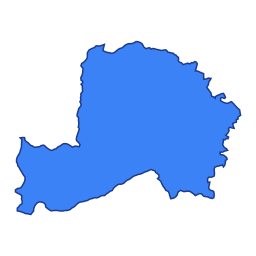 Hidrolândia, Goiás, Brazil (orthographic projection)
{"feature_id": "56859067B83720633182339", "entity_name": "Hidrolândia", "entity_type": "district", "adm_level": 2, "iso_a3": "BRA", "parent_name": "Brazil", "parent_adm1": "Goiás", "projection": "orthographic", "projection_center": [-49.268, -17.006], "detail": "fine", "context": "isolated", "style": "filled", "palette": "blue", "viewbox_px": 256, "rotation_deg": 0, "n_neighbors": 0, "source": "geoboundaries", "source_scale": "gbopen_adm2", "svg_char_len": 4486}
<svg xmlns="http://www.w3.org/2000/svg" viewBox="0 0 256 256"><path d="M80.9,65.8L83.1,68.6L82.7,71.3L82.6,73.1L81.9,75.5L80.9,77.4L81.0,80.1L82.6,81.3L82.6,82.9L81.0,84.2L82.2,85.6L82.4,88.4L82.6,91.4L80.8,93.8L81.0,95.7L80.5,98.2L80.9,99.9L79.9,101.8L80.8,103.3L81.1,105.6L78.8,108.5L78.1,111.0L77.4,113.3L77.0,115.9L78.7,117.9L78.4,119.9L78.8,122.9L78.7,125.3L78.2,127.1L79.3,128.6L78.8,130.7L77.4,134.7L76.6,137.1L76.3,139.9L77.4,141.6L78.7,142.6L80.0,144.7L79.3,146.7L77.2,146.3L75.0,146.1L72.4,147.1L69.6,145.2L67.1,143.9L65.3,143.6L63.2,143.8L61.5,144.9L60.2,146.0L58.2,146.7L56.1,148.8L54.4,149.1L52.4,150.4L50.5,150.2L48.2,148.8L46.3,147.4L45.1,146.1L43.5,145.1L41.1,145.6L39.6,146.7L34.5,147.3L32.7,146.1L30.3,145.1L28.3,142.9L26.1,141.4L24.9,140.0L24.6,137.6L22.6,137.5L20.2,137.8L21.8,139.6L21.5,144.4L21.5,146.2L21.1,148.5L20.3,150.6L19.9,152.4L18.6,154.7L17.4,156.8L16.6,159.1L16.5,162.1L17.4,163.5L17.8,165.8L19.1,167.5L20.0,169.3L21.6,171.8L22.8,174.0L23.8,175.5L24.9,176.8L25.1,178.8L24.7,180.8L24.0,182.7L22.7,184.9L21.8,186.7L20.1,188.1L17.8,188.4L15.5,189.8L15.4,191.8L17.2,193.0L20.4,194.5L21.9,196.0L21.5,198.9L22.2,201.3L22.0,203.8L19.8,205.2L18.7,206.8L17.3,208.1L17.3,210.9L19.4,211.3L22.4,212.2L25.6,213.6L27.4,213.7L30.8,214.5L33.6,211.0L33.8,208.3L34.5,206.7L35.3,205.0L37.1,202.9L39.6,201.8L42.1,202.2L44.1,203.0L45.5,204.8L45.7,206.9L47.7,208.7L49.8,210.1L51.2,210.9L52.8,210.6L56.0,210.4L58.2,210.6L60.7,211.0L62.9,211.0L64.8,210.5L67.0,210.5L68.6,210.1L70.2,209.5L71.9,208.0L73.7,207.1L75.6,205.5L77.3,203.8L79.5,202.2L82.2,201.8L85.7,200.9L87.4,200.5L89.8,199.1L92.5,198.5L94.3,197.7L96.8,197.9L99.0,197.1L101.6,195.6L103.2,195.6L104.8,195.5L106.1,194.1L108.2,192.8L110.0,191.3L112.2,190.5L113.3,188.6L114.5,187.2L115.8,186.1L118.6,184.2L121.5,184.2L123.9,183.1L125.3,181.7L127.3,180.1L129.3,179.4L132.0,177.3L134.0,176.0L137.1,174.9L138.8,174.3L140.4,174.1L142.9,173.0L144.8,172.0L147.1,171.3L148.9,170.5L150.7,169.5L155.0,170.9L155.7,172.5L157.3,173.5L158.8,175.0L159.0,177.2L157.5,178.6L159.2,179.9L160.9,181.3L161.4,182.8L162.1,184.3L163.2,186.4L165.0,188.7L165.6,190.2L168.2,191.4L169.2,193.5L169.6,195.2L170.7,198.7L172.7,198.4L174.5,197.7L176.0,196.5L177.2,195.0L178.0,192.1L180.6,190.3L183.4,191.5L185.4,191.5L187.9,191.1L190.3,191.6L192.2,192.9L194.2,194.4L195.3,195.6L197.6,194.5L199.0,193.7L201.6,193.8L203.2,195.8L204.5,196.4L208.1,197.0L209.7,197.9L212.3,198.5L213.8,197.7L214.2,195.1L213.9,192.0L212.9,190.9L211.2,190.5L209.6,189.7L208.6,188.0L209.3,184.8L209.8,182.1L207.9,182.5L207.5,179.2L208.5,177.2L211.4,177.2L214.2,176.0L214.5,174.1L214.2,168.8L214.8,167.2L217.1,166.3L219.1,165.9L220.7,165.5L222.5,164.9L223.4,166.9L224.7,165.3L225.4,162.3L225.5,160.6L227.1,159.2L226.6,157.5L224.3,155.6L222.9,154.9L220.4,154.6L220.0,152.2L222.5,152.1L224.4,151.2L227.6,150.3L226.4,148.7L224.9,147.9L223.9,146.9L222.6,144.4L223.3,142.3L223.4,139.5L224.9,139.9L226.3,138.5L228.0,138.7L228.6,137.1L226.9,136.1L225.7,135.1L227.7,133.3L229.1,130.6L228.5,128.6L229.6,127.3L231.9,127.9L234.1,128.3L233.1,125.6L232.7,123.6L234.1,122.8L236.3,122.2L236.4,119.6L238.1,119.0L237.8,117.4L239.0,116.3L240.6,115.3L239.9,111.8L239.7,110.0L238.5,108.9L236.9,107.4L235.8,106.2L234.5,104.9L233.5,103.6L231.4,101.6L229.8,102.4L227.4,103.4L225.1,103.0L222.9,102.1L220.5,100.6L220.7,98.0L222.4,97.6L224.4,98.5L225.5,97.5L224.6,95.3L223.5,93.4L221.3,93.7L219.5,94.7L217.5,95.4L215.4,96.6L215.2,98.2L213.7,96.9L211.7,96.3L211.2,94.3L210.9,92.8L209.8,91.5L208.9,90.1L206.8,87.5L208.3,84.8L208.9,81.6L210.2,80.0L211.0,78.4L208.3,78.1L206.4,78.9L203.8,79.3L203.7,76.8L203.6,73.6L201.6,72.9L199.6,72.0L197.8,71.1L195.4,70.9L197.3,63.9L196.3,62.1L194.7,61.6L193.2,62.8L191.6,62.6L189.6,63.9L187.6,63.2L185.6,63.9L183.1,64.5L181.4,62.8L179.4,62.1L178.2,60.7L178.6,59.1L178.4,57.4L177.0,56.4L176.1,55.2L174.5,54.6L173.1,53.2L171.1,52.9L169.5,52.4L167.8,52.2L166.9,50.7L165.7,49.8L163.7,50.1L161.0,50.5L158.5,49.7L156.4,49.4L154.5,48.7L152.6,48.5L151.1,49.2L149.7,47.7L148.0,48.0L146.3,48.7L144.2,47.5L143.2,45.8L142.3,44.0L140.6,42.7L138.2,41.8L136.1,41.5L134.5,42.6L132.4,43.5L130.2,43.6L128.2,43.8L125.7,44.8L123.8,46.4L122.1,47.9L119.7,48.5L117.9,49.6L116.6,50.7L115.2,51.9L113.2,53.1L110.9,53.2L109.4,52.7L107.8,52.5L105.7,52.0L104.4,51.3L102.9,50.4L104.4,44.4L102.2,45.2L100.4,45.9L98.2,46.0L96.1,45.8L94.4,47.5L91.9,48.5L89.2,49.9L88.0,51.6L87.3,53.2L87.4,55.9L87.1,58.3L85.7,60.2L83.9,62.1L81.7,63.5L80.9,65.8Z" fill="#3b82f6" stroke="#1e3a8a" stroke-width="1.5"/></svg>